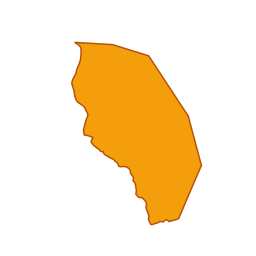 the district of Cristalândia do Piauí, Piauí, Brazil, rotated 29°
{"feature_id": "56859067B1752909624747", "entity_name": "Cristalândia do Piauí", "entity_type": "district", "adm_level": 2, "iso_a3": "BRA", "parent_name": "Brazil", "parent_adm1": "Piauí", "projection": "equal_earth", "projection_center": [-45.126, -10.759], "detail": "fine", "context": "isolated", "style": "filled", "palette": "amber", "viewbox_px": 256, "rotation_deg": 29, "n_neighbors": 0, "source": "geoboundaries", "source_scale": "gbopen_adm2", "svg_char_len": 1577}
<svg xmlns="http://www.w3.org/2000/svg" viewBox="0 0 256 256"><g transform="rotate(29 128 128)"><path d="M39.8,79.0L44.4,79.2L47.1,80.2L48.7,81.6L51.3,86.6L53.2,91.0L53.9,93.8L54.4,96.8L54.4,98.9L55.2,102.9L56.1,105.7L56.1,112.4L56.8,115.3L57.7,116.8L62.4,121.3L66.4,126.3L68.9,128.6L71.7,129.8L74.2,130.0L77.7,130.3L79.5,130.9L80.8,131.6L83.1,133.3L84.8,134.2L86.4,135.8L86.9,137.3L87.8,143.0L89.1,147.8L89.8,150.9L92.0,153.9L93.2,155.3L95.7,154.4L96.9,154.1L100.3,153.4L102.2,153.6L102.0,155.7L102.1,157.1L102.9,158.5L104.6,159.1L106.6,160.0L107.8,159.8L108.9,160.2L110.4,160.6L112.5,160.6L114.9,161.5L116.5,161.5L117.6,160.8L119.4,162.2L121.5,162.7L123.1,162.6L124.3,162.6L127.4,162.8L129.8,162.4L131.6,162.8L132.6,163.3L135.0,163.4L136.6,164.4L138.5,165.9L139.7,165.7L141.9,164.5L142.9,163.7L144.6,163.0L146.1,162.8L148.0,163.0L149.0,163.2L150.5,164.2L152.6,166.8L156.2,168.1L157.1,169.4L158.1,171.8L160.6,172.6L162.6,174.6L164.0,176.6L165.4,178.2L166.3,180.2L166.9,182.0L170.4,183.3L171.8,183.4L173.7,182.1L178.0,183.2L179.9,184.4L181.1,185.6L182.0,188.2L182.6,189.2L185.9,192.2L186.9,192.5L187.5,193.6L188.9,194.6L190.0,197.8L191.8,199.1L194.2,201.1L195.5,201.1L196.8,199.9L197.9,198.4L199.4,197.1L200.4,195.9L201.4,194.2L202.5,193.7L204.3,193.1L205.1,190.9L205.7,190.0L206.8,189.5L207.7,189.6L209.2,190.0L211.5,187.6L214.6,184.7L216.2,182.6L211.6,138.4L210.4,125.1L207.7,122.4L174.5,88.0L172.3,87.0L170.1,85.8L164.8,83.1L136.7,68.3L120.3,59.7L111.1,54.9L105.4,56.0L104.4,56.3L74.7,62.4L71.9,63.6L39.8,79.0Z" fill="#f59e0b" stroke="#b45309" stroke-width="1.5"/></g></svg>